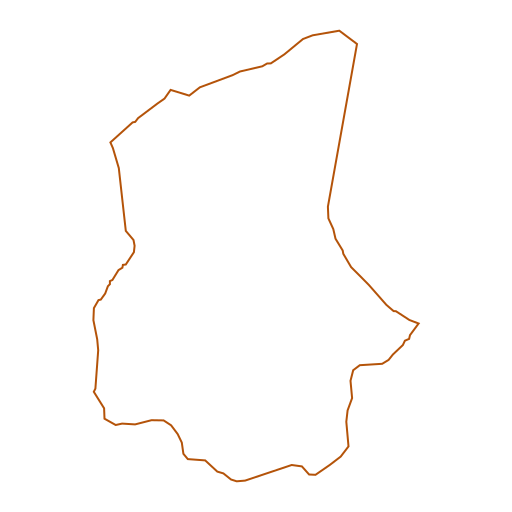 Comalapa, Chimaltenango, Guatemala
{"feature_id": "79465075B20533835568795", "entity_name": "Comalapa", "entity_type": "district", "adm_level": 2, "iso_a3": "GTM", "parent_name": "Guatemala", "parent_adm1": "Chimaltenango", "projection": "robinson", "projection_center": [-90.9, 14.753], "detail": "fine", "context": "isolated", "style": "outline", "palette": "amber", "viewbox_px": 512, "rotation_deg": 0, "n_neighbors": 0, "source": "geoboundaries", "source_scale": "gbopen_adm2", "svg_char_len": 1245}
<svg xmlns="http://www.w3.org/2000/svg" viewBox="0 0 512 512"><path d="M357.0,44.0L339.3,30.7L312.7,35.3L303.0,39.0L284.3,54.4L270.8,63.4L267.1,63.5L262.3,66.3L240.0,71.5L232.7,75.1L199.9,87.3L189.2,95.6L170.6,89.9L164.5,98.6L157.5,103.5L138.1,118.1L135.2,121.9L132.6,122.4L110.4,142.4L112.9,148.1L118.8,168.1L125.8,230.9L133.5,240.0L134.6,245.8L133.9,252.2L125.8,264.5L122.9,264.9L122.4,267.7L118.5,270.1L112.4,280.0L109.9,281.1L109.9,284.2L107.9,286.2L105.2,293.5L100.8,299.6L98.5,300.1L93.9,308.1L93.4,320.2L97.2,339.3L98.2,350.3L95.4,388.6L93.8,391.8L104.1,408.3L104.5,418.7L115.7,425.0L122.1,423.6L135.1,424.4L151.5,420.2L163.6,420.4L171.1,425.3L177.7,434.1L181.8,442.6L183.4,453.8L187.8,459.1L205.2,460.4L217.3,471.6L223.4,473.4L231.0,479.5L236.7,481.3L245.1,480.6L291.7,465.0L301.9,466.4L309.1,474.5L315.5,474.8L329.7,465.0L340.7,456.6L348.5,446.4L346.3,421.7L347.6,410.4L352.1,398.1L350.5,380.8L353.2,370.2L359.8,365.2L382.2,363.8L388.6,359.9L392.9,354.5L402.9,345.0L404.9,340.7L409.1,338.9L410.0,335.1L418.6,323.5L409.4,320.0L395.9,311.2L393.6,311.1L386.4,304.9L368.8,284.9L362.2,278.2L351.1,267.1L343.3,253.8L342.7,250.5L335.5,238.7L333.3,229.1L328.4,218.4L327.9,206.7L357.0,44.0Z" fill="none" stroke="#b45309" stroke-width="2"/></svg>